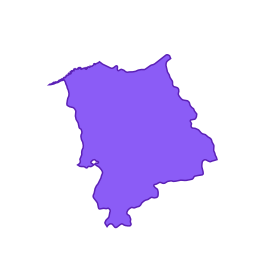 Guayubín, Monte Cristi, Dominican Republic (Albers equal-area conic projection), rotated 322°
{"feature_id": "3306468B33320306044259", "entity_name": "Guayubín", "entity_type": "district", "adm_level": 2, "iso_a3": "DOM", "parent_name": "Dominican Republic", "parent_adm1": "Monte Cristi", "projection": "albers", "projection_center": [-71.302, 19.687], "detail": "fine", "context": "isolated", "style": "filled", "palette": "violet", "viewbox_px": 256, "rotation_deg": 322, "n_neighbors": 0, "source": "geoboundaries", "source_scale": "gbopen_adm2", "svg_char_len": 5482}
<svg xmlns="http://www.w3.org/2000/svg" viewBox="0 0 256 256"><g transform="rotate(322 128 128)"><path d="M69.3,206.3L70.4,206.2L71.1,205.8L71.4,205.3L71.8,204.0L72.2,203.2L74.0,201.5L75.0,198.3L75.0,197.8L74.4,195.9L74.4,195.0L74.6,194.5L75.1,193.8L77.1,192.7L79.5,192.4L81.7,192.7L82.2,193.0L83.2,194.3L84.1,195.0L86.5,195.7L87.8,196.3L88.7,196.6L90.3,196.5L92.9,195.5L95.2,195.4L97.2,195.6L99.7,196.6L103.3,196.9L104.1,197.3L105.1,198.6L105.9,199.4L107.7,200.3L108.5,200.4L109.4,200.2L110.4,199.4L111.9,197.6L112.6,196.5L113.3,194.9L113.4,194.1L112.7,191.7L112.6,189.8L113.0,189.1L113.8,188.8L115.9,189.7L118.4,190.1L119.4,190.3L120.3,191.1L121.3,192.9L122.2,193.7L123.0,194.1L126.3,194.5L129.0,195.9L129.9,196.6L130.7,197.8L131.3,198.3L133.1,199.4L137.5,201.6L140.5,204.3L141.6,205.1L144.3,206.5L147.0,207.8L148.2,207.8L150.0,207.1L151.0,207.1L153.7,208.4L157.6,210.6L158.7,210.6L159.3,210.1L160.2,208.7L162.2,204.2L163.0,203.1L164.4,201.6L165.6,200.5L166.5,200.1L167.5,200.0L168.8,200.2L169.5,200.8L170.0,201.5L170.6,202.9L171.6,204.7L172.2,205.3L174.2,205.9L175.8,206.6L178.7,207.7L179.6,205.5L180.0,203.2L180.9,201.3L181.5,198.8L182.3,197.7L184.4,195.3L185.0,194.4L185.6,190.9L186.4,188.9L186.6,187.7L186.4,186.4L185.6,184.5L184.9,180.9L183.2,178.5L182.8,177.5L182.6,176.5L182.5,173.6L182.3,172.6L180.7,169.6L178.7,167.7L178.5,166.9L178.5,166.3L178.8,165.4L179.2,164.9L180.5,163.9L180.8,163.5L181.2,161.0L181.8,160.4L182.3,160.3L182.8,160.5L185.9,162.1L186.9,162.2L188.8,161.3L190.8,159.3L190.8,155.7L191.5,153.2L190.9,151.1L190.8,149.1L191.1,147.8L191.9,145.9L192.0,144.6L191.8,143.7L191.5,143.0L189.1,140.4L188.3,139.3L187.9,137.6L187.9,134.7L188.1,133.3L188.4,132.4L189.0,131.7L190.5,130.5L191.6,128.9L191.9,127.7L191.6,126.5L190.5,124.8L189.6,123.7L189.5,122.2L190.0,121.0L191.4,119.2L191.8,118.3L192.2,114.0L193.2,111.4L193.6,108.1L196.5,102.0L197.9,100.5L199.3,99.6L201.1,99.4L204.4,99.5L205.2,96.7L204.9,95.7L204.4,94.8L203.7,94.2L202.8,93.9L188.5,93.9L187.0,93.6L185.1,92.8L184.0,92.6L177.8,92.3L176.8,92.0L174.4,90.1L171.7,88.7L168.9,88.0L166.2,86.6L163.5,84.6L161.8,83.7L161.2,83.0L160.7,81.9L160.3,80.0L159.0,77.8L158.3,77.4L156.1,77.1L155.6,76.8L155.4,76.2L155.5,75.7L155.9,74.9L157.2,73.6L157.6,72.8L157.5,72.3L157.1,71.8L156.3,71.6L153.8,71.6L152.8,71.4L152.3,71.2L151.6,70.6L151.1,69.8L147.3,62.1L146.3,58.3L145.6,58.4L144.8,58.3L144.8,58.2L144.3,58.2L142.4,57.7L142.1,57.5L141.9,57.5L141.6,57.7L141.2,57.7L141.2,56.7L140.7,56.5L140.6,56.8L139.6,57.1L137.5,57.2L137.3,56.8L136.1,56.5L136.1,56.4L136.0,56.5L135.1,56.5L135.0,56.1L134.7,56.0L134.7,55.7L134.2,55.3L133.3,55.2L132.8,55.0L132.8,55.4L132.7,55.4L132.6,55.9L131.7,56.0L131.7,55.8L131.4,55.8L131.4,55.7L131.1,55.7L130.8,55.4L130.8,54.9L131.1,54.8L131.2,54.1L130.3,54.1L129.6,53.4L128.8,53.5L128.4,53.0L127.4,53.0L127.2,52.7L127.1,52.0L127.7,52.0L127.7,51.8L127.8,51.7L127.7,51.1L127.3,51.0L126.9,50.4L126.3,50.1L125.5,50.1L125.4,50.4L125.5,50.8L125.3,50.8L125.3,50.7L124.7,50.3L123.9,50.4L123.5,50.0L123.3,49.5L122.8,49.1L122.8,48.8L122.6,48.8L122.6,48.6L121.9,48.6L121.6,49.1L121.0,49.1L121.0,48.9L120.8,49.1L120.8,48.9L119.3,48.8L119.1,48.6L119.1,48.8L118.8,48.9L118.8,49.1L118.5,49.1L118.4,48.8L118.1,48.8L118.0,48.5L117.2,48.3L117.2,48.5L117.0,49.6L116.6,50.0L116.1,50.0L115.9,49.9L115.8,49.2L115.3,48.9L115.3,48.4L114.5,48.4L114.4,48.5L114.5,48.8L114.9,48.8L115.0,49.1L114.5,49.6L113.6,49.5L113.6,49.3L113.3,49.3L113.3,49.2L112.6,49.2L112.1,48.6L111.6,48.6L111.3,49.3L111.1,49.3L111.1,49.5L111.0,49.3L110.3,49.3L110.3,49.5L109.5,49.6L109.2,49.3L109.2,49.0L108.9,48.8L108.1,48.8L107.9,48.9L107.9,49.1L106.4,49.1L106.1,48.6L105.0,48.8L105.0,48.6L104.4,48.5L104.4,48.4L103.9,48.4L103.8,48.5L103.3,48.0L102.8,48.0L102.6,48.2L102.0,48.2L102.0,48.4L101.1,48.4L101.1,48.2L100.3,48.1L100.0,47.8L99.7,47.4L98.9,46.9L97.4,46.9L97.4,46.7L97.2,46.7L96.6,46.6L96.7,46.4L96.3,46.5L96.2,46.3L95.9,46.3L95.9,46.2L95.1,46.2L94.3,45.9L93.7,45.7L93.5,45.4L92.6,45.4L93.9,46.3L96.7,47.6L98.9,48.1L100.8,49.0L104.1,49.4L106.0,50.3L107.2,50.6L107.1,52.3L106.9,53.3L106.2,54.9L105.6,57.4L104.8,59.0L104.2,61.5L102.7,64.6L101.0,66.4L98.9,67.5L97.3,68.8L94.9,71.1L94.1,72.3L94.2,73.2L95.1,75.3L97.4,78.2L97.7,79.5L97.7,80.5L97.5,81.9L97.1,82.8L93.9,86.2L92.4,89.3L91.9,93.2L89.8,97.5L89.7,98.4L90.2,99.9L90.2,100.4L89.4,102.5L88.4,103.7L86.6,104.7L85.6,105.8L84.2,108.5L83.6,111.3L82.0,114.3L80.3,116.1L78.6,116.9L77.6,117.6L76.5,118.7L75.1,120.6L70.9,123.0L70.1,124.7L69.0,125.8L67.8,126.2L65.6,126.1L66.5,128.6L67.9,130.0L69.0,130.8L69.6,131.5L70.0,132.2L70.4,133.5L70.7,133.9L71.4,134.2L72.7,133.9L73.1,133.9L73.7,134.3L74.7,135.4L75.3,135.7L76.6,135.9L78.5,136.0L77.4,133.0L77.6,132.2L78.2,131.8L80.2,131.6L81.2,131.8L82.1,132.3L82.4,132.9L82.6,134.6L83.7,135.9L83.7,136.7L83.3,137.1L82.7,137.2L82.0,136.8L81.2,136.0L79.8,136.0L80.0,138.0L81.0,140.6L81.2,141.6L81.3,144.5L81.0,146.5L80.4,147.6L79.7,148.2L78.0,149.1L75.9,150.7L70.1,153.5L67.6,154.1L64.9,155.4L61.1,158.6L59.4,159.5L58.5,160.3L58.0,161.4L57.9,162.5L57.9,166.8L57.7,168.5L55.6,172.7L55.4,173.6L55.6,174.1L56.0,174.5L59.1,176.1L60.2,177.1L61.1,178.1L63.0,179.0L63.4,180.1L63.4,181.6L62.8,182.6L61.6,183.4L58.9,185.8L58.1,186.4L57.1,186.7L53.9,187.1L51.6,188.3L51.3,188.8L51.1,189.4L50.8,192.8L52.1,192.4L53.4,192.3L54.4,192.4L55.5,192.9L55.9,193.4L56.4,194.2L56.5,197.6L56.6,198.3L57.0,198.8L57.5,199.1L58.1,199.3L62.4,199.3L64.0,199.6L64.6,200.3L65.1,201.9L65.8,203.1L67.6,205.0L69.3,206.3Z" fill="#8b5cf6" stroke="#5b21b6" stroke-width="1.5"/></g></svg>